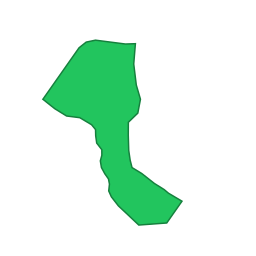 Mpigi, Natural Earth projection, rotated 125°
{"feature_id": "UGA-3078", "entity_name": "Mpigi", "entity_type": "District", "adm_level": 1, "iso_a3": "UGA", "parent_name": "Uganda", "parent_adm1": "", "projection": "natural_earth1", "projection_center": [32.214, 0.138], "detail": "fine", "context": "isolated", "style": "filled", "palette": "green", "viewbox_px": 256, "rotation_deg": 125, "n_neighbors": 0, "source": "natural_earth", "source_scale": "10m", "svg_char_len": 634}
<svg xmlns="http://www.w3.org/2000/svg" viewBox="0 0 256 256"><g transform="rotate(125 128 128)"><path d="M157.4,90.5L158.3,74.6L157.7,63.1L158.2,57.4L157.0,41.8L183.6,41.8L201.3,63.5L197.3,91.2L193.9,102.2L190.6,107.7L184.6,111.0L180.9,114.8L178.8,120.7L175.6,127.1L170.8,131.8L165.3,133.8L160.8,137.0L158.3,145.0L152.9,150.0L147.9,153.7L146.2,159.7L147.2,173.4L153.4,185.2L154.2,199.0L153.3,214.2L90.3,214.1L81.6,211.5L74.7,205.0L60.7,178.3L54.7,170.3L72.3,160.0L88.0,145.9L97.3,134.3L110.2,128.5L123.1,131.0L133.8,123.6L146.0,114.5L153.1,107.8L158.1,102.0L157.4,90.5Z" fill="#22c55e" stroke="#15803d" stroke-width="1.5"/></g></svg>